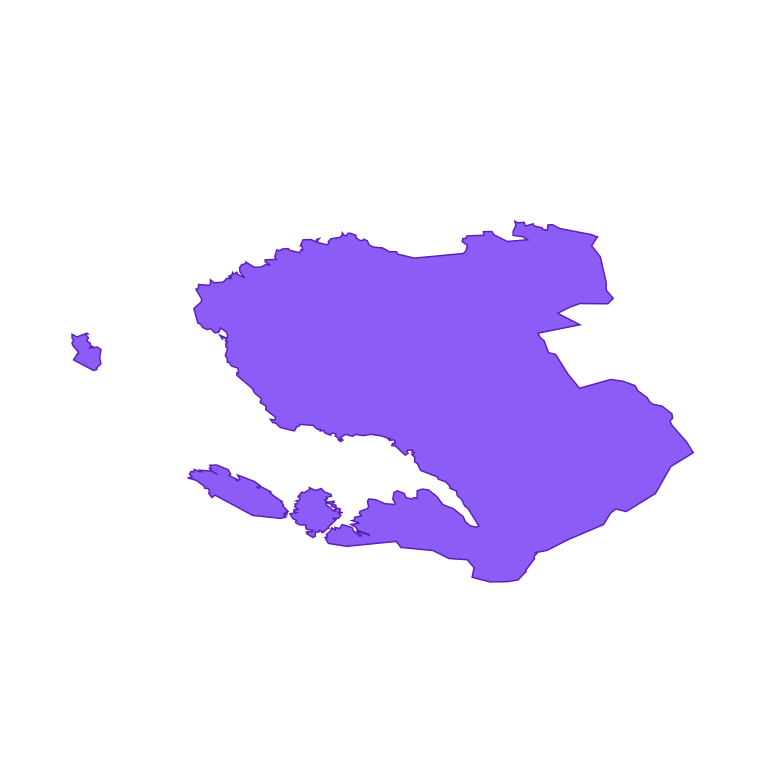 the district of Strand nor, Rogaland, Norway, rotated 8°
{"feature_id": "86288312B48942403855190", "entity_name": "Strand nor", "entity_type": "district", "adm_level": 2, "iso_a3": "NOR", "parent_name": "Norway", "parent_adm1": "Rogaland", "projection": "natural_earth1", "projection_center": [5.968, 59.049], "detail": "fine", "context": "isolated", "style": "filled", "palette": "violet", "viewbox_px": 768, "rotation_deg": 8, "n_neighbors": 0, "source": "geoboundaries", "source_scale": "gbopen_adm2", "svg_char_len": 6142}
<svg xmlns="http://www.w3.org/2000/svg" viewBox="0 0 768 768"><g transform="rotate(8 384 384)"><path d="M699.8,409.0L691.5,399.1L675.1,385.0L672.2,380.7L674.6,377.7L673.1,373.3L662.3,367.2L653.0,366.6L649.3,364.5L646.6,361.0L636.2,355.3L632.9,350.7L620.3,348.0L607.7,348.0L578.2,361.0L565.2,349.1L549.8,330.8L542.6,330.1L536.5,318.9L532.1,316.2L529.5,312.2L569.7,298.1L546.1,289.8L557.7,281.8L566.7,277.1L594.4,273.4L599.1,267.4L591.1,260.2L589.8,252.2L580.5,228.0L570.4,218.2L575.3,207.7L574.5,208.9L569.0,207.2L536.5,205.6L528.7,202.8L524.1,203.7L524.4,208.8L519.8,208.9L519.0,207.4L510.4,206.6L509.5,204.6L502.0,207.9L500.3,204.4L494.2,205.8L491.0,204.6L492.5,208.7L490.6,214.8L491.2,218.9L500.7,218.8L506.1,221.2L486.3,225.7L472.1,221.0L469.6,218.0L461.2,219.3L462.2,222.8L445.5,225.8L444.9,228.4L441.8,229.0L441.7,232.1L447.2,235.0L446.8,240.6L444.4,243.7L396.6,255.1L379.6,253.5L377.9,251.3L371.0,252.3L363.4,249.4L354.2,249.9L349.7,248.2L347.6,244.6L343.8,243.4L342.9,244.9L339.9,245.1L336.1,243.2L335.5,240.6L329.5,239.4L327.1,239.9L326.2,242.4L323.9,242.3L321.7,240.2L321.9,242.3L320.2,244.8L311.2,247.6L309.1,250.6L309.7,252.6L307.6,254.1L299.1,253.1L298.2,251.3L299.6,249.1L297.2,250.2L297.0,252.7L291.7,251.1L283.9,252.4L281.9,258.9L283.5,259.0L284.8,262.6L283.2,262.5L282.3,265.6L271.9,264.8L270.3,263.2L264.2,264.6L262.2,266.6L259.2,266.1L258.1,273.1L259.9,275.6L249.0,277.6L249.3,279.3L254.9,282.4L250.8,281.9L245.8,285.4L239.3,286.4L230.2,282.5L230.3,283.9L226.3,285.9L224.8,289.0L225.8,293.1L231.2,298.2L223.8,295.8L222.9,293.8L219.8,296.1L218.6,294.6L218.0,297.6L216.6,298.0L217.7,299.8L215.6,299.2L216.8,301.1L213.8,301.1L210.4,305.6L201.5,307.4L197.7,305.0L198.2,308.6L197.0,310.7L186.6,311.2L186.8,314.7L184.6,316.4L191.6,325.2L191.5,328.2L185.2,335.7L191.2,349.6L194.1,350.4L196.9,353.5L201.8,354.7L204.5,353.3L209.5,356.9L213.1,355.8L214.5,351.2L220.6,354.6L222.3,357.2L222.2,360.6L214.7,358.6L218.2,362.6L217.2,360.1L221.6,361.1L221.8,362.8L220.2,363.2L221.7,363.0L222.4,363.6L221.5,363.5L222.9,366.2L221.9,366.3L222.3,369.4L223.8,369.5L224.1,371.0L222.9,378.1L225.0,380.2L225.9,384.3L227.5,383.9L230.3,387.3L237.2,388.7L238.4,393.4L236.8,393.3L237.1,395.9L254.0,406.6L257.3,411.1L264.6,415.5L263.9,419.6L270.3,422.3L270.4,425.9L281.2,431.9L281.0,434.9L276.4,434.8L279.2,437.7L282.3,437.8L287.4,441.5L300.4,442.9L302.0,442.7L303.4,438.6L306.2,437.2L306.3,435.7L319.4,434.8L324.5,438.2L327.6,438.1L327.4,439.4L330.5,438.4L332.2,440.7L335.4,441.5L338.0,442.0L337.4,441.2L340.4,439.6L343.4,440.2L342.9,442.2L348.2,445.1L346.8,445.7L349.0,447.0L351.1,445.3L348.7,442.9L352.8,439.3L360.2,440.1L362.9,437.9L370.5,438.0L378.1,435.7L387.9,435.7L395.1,437.0L396.9,439.0L396.5,437.5L397.6,436.9L397.7,439.0L401.5,437.9L403.0,438.9L402.4,441.0L404.3,441.3L400.7,441.7L400.3,443.9L403.8,443.7L415.0,451.5L417.5,449.2L416.0,447.4L417.1,446.1L421.5,445.6L421.3,448.2L423.2,447.3L423.5,449.0L421.5,450.1L424.6,452.2L425.1,456.7L428.3,458.4L432.3,464.5L449.8,468.6L451.0,470.7L458.8,472.3L463.9,476.5L463.5,477.9L470.6,479.9L472.2,484.5L476.8,487.3L480.8,493.5L484.5,495.5L497.8,511.5L495.1,512.9L496.0,513.2L488.5,512.2L483.6,508.8L480.8,504.3L470.0,497.8L459.2,495.3L452.1,488.2L442.8,482.7L436.3,482.8L431.7,485.2L432.7,492.9L429.8,492.2L427.5,493.9L421.8,493.5L419.0,489.5L412.0,487.9L408.9,490.3L408.8,496.9L411.8,500.7L411.1,501.8L401.6,502.4L391.8,499.7L385.0,500.0L384.0,502.6L385.8,507.8L384.9,509.8L378.1,513.3L377.5,515.1L379.9,517.7L373.5,520.1L373.6,523.0L371.5,523.7L379.1,525.2L370.8,527.7L375.7,529.6L378.5,532.6L390.1,535.0L390.4,535.8L377.0,533.5L383.0,537.4L381.1,538.1L374.3,533.7L372.3,530.6L362.2,529.0L360.2,533.2L355.4,532.9L356.0,535.2L352.1,533.8L351.3,537.5L347.9,540.9L348.8,542.9L347.4,544.1L348.9,544.1L347.8,545.5L351.1,549.6L369.7,549.9L418.0,538.2L423.5,543.5L455.6,542.1L472.7,547.8L490.8,546.4L498.7,553.3L498.2,563.2L516.7,565.2L533.6,562.6L544.1,559.3L550.9,549.6L550.4,548.4L557.4,536.1L556.6,533.9L558.8,530.7L557.4,529.9L568.6,526.1L587.9,512.5L621.0,492.6L626.2,480.5L630.9,475.5L641.6,476.6L668.1,454.6L679.5,425.8L699.8,409.0ZM229.6,487.5L222.8,488.7L224.6,491.9L223.0,491.9L225.0,494.1L231.7,496.6L224.8,494.3L213.4,495.0L215.4,496.3L213.2,496.5L208.0,495.0L208.0,497.1L204.9,497.7L203.9,500.3L206.9,502.8L202.6,504.4L211.6,505.5L220.1,510.2L221.0,512.2L224.3,512.0L226.5,515.0L225.4,516.2L229.3,520.4L232.2,517.6L272.3,532.4L300.4,531.5L305.4,529.3L303.4,528.5L305.4,527.3L303.6,526.7L305.1,526.3L303.5,525.5L305.5,525.7L304.1,524.8L307.0,525.1L304.7,524.6L306.7,523.4L300.9,519.0L301.2,517.6L298.4,515.0L299.4,514.6L290.2,510.1L286.0,507.0L286.8,506.5L277.0,503.0L274.6,502.9L274.8,504.7L272.6,504.2L274.6,502.1L276.1,502.2L269.3,498.6L251.7,494.5L254.5,498.4L252.4,500.4L251.0,499.7L251.8,498.9L243.3,496.3L244.8,494.7L241.7,490.6L229.6,487.5ZM331.0,499.0L324.5,497.0L325.1,498.7L320.2,502.7L317.4,502.6L317.6,503.2L316.3,504.5L316.6,505.1L314.7,507.1L314.6,507.8L316.1,507.5L316.6,510.3L313.3,512.1L314.8,512.4L314.3,514.9L312.5,515.3L313.5,516.9L312.7,517.9L316.4,520.1L312.5,520.8L312.4,522.7L315.2,523.5L308.9,525.6L312.4,529.9L316.2,531.2L315.7,533.5L319.8,535.2L326.6,534.6L326.4,537.4L328.0,538.7L334.2,538.9L333.4,540.4L328.0,541.1L329.1,542.2L328.3,543.0L335.0,545.9L337.1,544.3L336.6,540.1L339.8,539.8L340.7,538.0L342.6,538.2L342.8,539.7L344.8,539.2L348.5,534.4L350.0,534.8L348.6,533.6L355.3,525.2L352.9,524.6L351.5,524.0L357.4,523.5L359.6,520.1L356.9,518.1L361.1,517.2L357.3,516.8L358.4,514.1L355.7,513.3L352.6,515.3L353.6,516.5L352.0,516.7L343.8,511.7L343.1,509.7L348.4,510.4L349.0,512.4L353.9,513.5L353.2,510.7L350.4,510.4L349.7,508.4L351.1,508.1L350.7,507.0L344.6,508.8L341.5,507.3L343.9,505.7L342.7,504.2L347.6,502.4L346.8,500.7L339.9,499.1L336.5,496.2L331.0,499.0ZM82.8,375.0L73.5,380.1L68.2,378.2L68.7,382.0L70.9,384.1L69.3,386.5L70.3,388.9L76.6,394.7L77.2,397.0L76.0,397.0L73.2,403.3L94.5,411.0L97.6,409.6L97.5,407.6L100.9,403.4L98.8,397.6L98.9,389.3L95.0,387.3L87.5,389.4L87.7,388.9L89.7,387.8L89.6,387.4L88.2,387.7L89.5,387.2L87.9,386.8L87.4,384.5L83.7,382.7L84.9,379.4L81.2,376.1L83.8,375.6L82.8,375.0Z" fill="#8b5cf6" stroke="#5b21b6" stroke-width="1.5"/></g></svg>